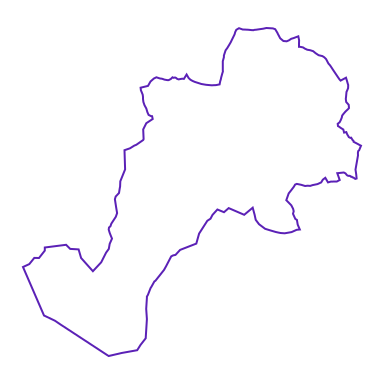 the district of Giwa, Kaduna, Nigeria
{"feature_id": "59680162B2967434957315", "entity_name": "Giwa", "entity_type": "district", "adm_level": 2, "iso_a3": "NGA", "parent_name": "Nigeria", "parent_adm1": "Kaduna", "projection": "albers", "projection_center": [7.407, 11.046], "detail": "fine", "context": "isolated", "style": "outline", "palette": "violet", "viewbox_px": 384, "rotation_deg": 0, "n_neighbors": 0, "source": "geoboundaries", "source_scale": "gbopen_adm2", "svg_char_len": 3810}
<svg xmlns="http://www.w3.org/2000/svg" viewBox="0 0 384 384"><path d="M346.0,77.7L340.6,80.6L339.5,79.4L337.9,77.1L336.7,75.3L333.6,70.7L330.1,65.4L328.4,63.5L326.1,59.1L324.3,57.3L322.4,56.1L318.6,55.2L315.6,53.2L313.2,51.2L310.1,50.2L307.1,49.7L306.6,49.4L305.0,48.7L303.0,47.4L300.6,46.9L299.4,46.8L299.0,46.8L299.0,43.5L299.1,40.3L298.3,36.3L293.6,38.1L291.2,38.8L290.3,39.4L289.0,40.3L286.7,41.3L283.4,41.0L280.2,38.3L277.6,33.4L277.5,33.0L275.2,29.2L272.9,28.4L266.4,28.0L263.2,28.7L259.7,29.2L256.3,29.7L254.2,29.9L253.4,30.2L251.6,30.1L248.8,29.8L247.4,29.7L243.1,29.5L242.7,29.5L239.0,28.2L236.3,29.8L235.2,32.1L234.6,34.3L232.1,39.4L231.8,40.0L230.7,42.3L229.0,45.2L228.5,46.0L227.3,48.0L225.6,50.3L223.9,55.5L223.9,57.2L222.8,61.2L222.8,67.4L222.8,70.3L222.9,71.5L222.3,73.4L221.2,77.4L220.8,79.4L220.2,81.3L219.6,84.4L216.0,85.1L211.6,85.3L206.1,84.8L201.4,84.0L194.8,81.9L192.5,80.9L190.4,79.7L188.6,78.0L187.3,75.7L186.6,74.5L183.9,78.9L182.4,78.7L180.4,79.0L179.5,79.2L178.7,79.4L177.2,78.9L176.0,77.9L175.0,77.5L173.5,77.8L172.5,77.3L171.5,78.3L170.8,79.0L168.7,80.1L167.2,80.1L164.4,79.6L162.8,79.0L161.8,78.7L160.1,78.5L159.1,78.2L156.4,77.3L153.9,78.5L150.5,81.5L148.0,85.9L140.6,87.7L140.9,90.3L141.5,91.7L142.7,94.7L143.0,97.0L143.0,99.0L143.4,102.0L144.5,105.2L146.3,108.5L147.4,112.2L148.6,114.9L151.0,116.1L152.1,116.2L152.7,119.0L146.3,123.2L143.2,129.4L143.6,139.1L143.2,140.0L136.3,144.8L134.3,145.6L130.0,148.3L124.5,150.2L125.1,169.4L120.3,181.3L120.1,186.5L119.7,188.6L119.0,193.0L116.0,196.2L115.7,196.5L114.9,199.2L116.1,207.1L117.1,213.1L115.8,216.8L111.3,223.7L110.6,225.8L110.4,226.3L109.0,227.5L108.7,229.6L109.7,232.9L111.0,236.2L112.0,238.6L109.7,243.8L108.8,248.9L106.1,252.6L101.2,262.3L92.9,271.2L81.1,258.0L78.6,249.4L70.2,248.9L66.1,244.8L44.8,247.5L44.8,250.6L39.0,258.0L34.3,257.9L29.3,264.1L23.0,267.0L44.0,315.5L54.9,320.7L60.5,324.5L108.6,356.0L118.7,353.7L121.6,353.0L137.2,350.2L140.6,344.8L145.7,338.3L146.9,319.1L146.2,308.9L146.7,301.0L146.9,298.0L146.9,296.6L147.9,294.9L150.6,288.0L151.4,286.8L154.4,281.4L155.4,280.8L163.8,270.2L164.3,269.5L164.3,269.4L166.0,266.4L171.2,256.4L173.1,255.4L175.5,254.9L180.1,249.9L196.3,243.6L199.1,233.6L203.9,226.1L207.3,220.8L210.5,218.7L212.5,214.9L217.4,209.5L224.0,212.2L228.7,208.1L244.2,214.8L252.7,207.7L254.6,214.7L255.7,219.8L259.0,224.2L265.1,228.8L270.3,230.4L275.8,232.0L278.5,232.6L280.5,233.0L284.7,233.3L291.5,232.1L292.0,231.9L296.7,229.8L299.8,229.5L297.7,224.6L296.9,219.9L295.3,218.9L293.0,213.8L293.6,211.6L293.7,211.2L293.1,208.8L291.3,205.3L286.3,200.2L288.7,193.4L291.0,190.5L293.8,186.8L295.1,184.6L296.8,183.9L301.2,184.8L305.1,186.0L307.7,185.7L310.2,185.9L312.6,185.1L317.5,184.1L321.2,182.4L322.8,179.7L325.3,177.8L328.0,182.4L330.9,181.6L336.9,181.5L339.7,180.0L337.3,173.2L343.8,172.5L345.5,173.4L346.3,174.4L346.7,174.9L347.3,175.4L347.9,175.7L348.9,175.9L349.7,175.8L350.1,176.0L350.7,176.4L351.1,176.8L351.6,176.7L351.9,176.8L352.1,177.1L352.5,177.4L352.9,177.4L353.6,177.7L354.1,178.0L354.4,178.4L354.9,178.7L355.4,178.9L356.6,178.5L356.4,176.3L356.2,174.3L355.5,169.6L358.0,155.4L357.9,152.8L358.2,151.1L359.1,150.3L361.0,145.7L359.4,144.9L358.0,144.1L356.3,143.2L353.6,141.8L353.4,140.7L352.6,140.1L351.2,137.7L350.4,137.9L348.8,137.1L348.3,136.1L347.8,135.4L347.0,133.9L346.9,133.6L346.3,132.1L344.1,132.6L343.3,129.5L340.4,127.7L339.4,126.9L338.4,126.3L338.0,126.1L337.7,123.8L339.6,122.3L340.7,120.2L341.8,117.5L342.1,115.9L342.2,115.5L343.2,114.3L343.2,114.2L344.3,112.9L345.3,111.8L345.3,111.7L346.7,110.4L348.2,109.0L349.0,108.0L348.9,107.4L348.9,106.9L348.7,104.8L348.0,104.0L346.9,102.8L346.2,102.0L345.9,99.9L345.8,98.8L346.0,97.2L346.5,91.9L347.1,90.6L347.6,89.4L348.1,88.1L348.2,85.0L347.7,83.5L347.1,81.3L346.0,77.7Z" fill="none" stroke="#5b21b6" stroke-width="2"/></svg>